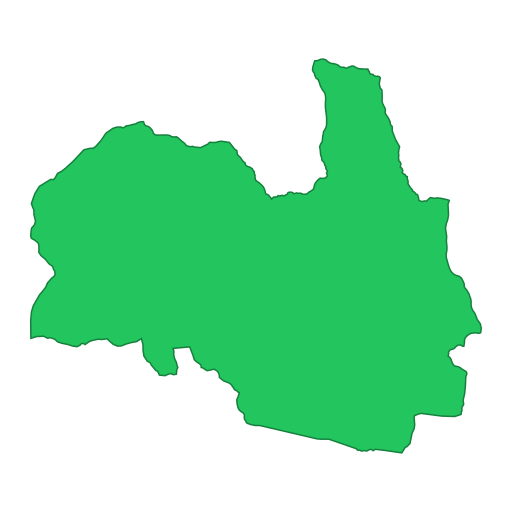 outline of Cachi, Salta, Argentina
{"feature_id": "61730980B38910879035127", "entity_name": "Cachi", "entity_type": "district", "adm_level": 2, "iso_a3": "ARG", "parent_name": "Argentina", "parent_adm1": "Salta", "projection": "natural_earth1", "projection_center": [-66.151, -25.018], "detail": "fine", "context": "isolated", "style": "filled", "palette": "green", "viewbox_px": 512, "rotation_deg": 0, "n_neighbors": 0, "source": "geoboundaries", "source_scale": "gbopen_adm2", "svg_char_len": 6012}
<svg xmlns="http://www.w3.org/2000/svg" viewBox="0 0 512 512"><path d="M373.1,450.7L375.3,449.3L384.9,450.4L401.8,452.9L405.2,447.4L406.7,446.8L410.0,443.5L412.0,433.4L414.1,428.8L414.4,426.9L414.7,424.8L414.1,416.9L414.7,415.6L418.0,414.2L421.0,413.4L441.9,416.1L454.8,416.5L461.1,414.4L461.3,412.3L462.0,410.5L461.8,407.8L462.5,406.0L463.3,405.4L463.7,403.9L463.1,400.4L464.7,393.4L465.4,385.7L465.8,376.8L466.6,374.8L466.8,373.1L466.2,371.6L462.0,369.1L460.0,367.5L457.7,366.6L454.3,365.8L452.4,363.3L450.9,359.1L449.8,357.4L448.1,356.0L448.6,354.3L448.5,352.3L449.7,350.2L451.8,349.3L453.6,348.9L454.9,347.8L455.6,346.8L458.3,345.0L460.1,345.0L461.0,345.3L462.8,346.3L463.9,346.2L464.5,342.2L464.5,340.4L465.0,338.2L467.3,335.6L469.2,334.2L471.5,333.2L475.7,332.8L478.4,333.3L480.6,332.8L480.9,331.2L481.3,328.0L480.6,325.6L480.5,324.1L477.2,319.4L475.1,313.9L474.3,312.4L472.9,310.7L472.1,309.0L471.5,307.4L471.1,305.2L471.1,301.1L470.6,298.4L469.7,296.2L468.9,293.6L466.7,290.0L465.1,288.1L464.2,286.7L464.3,286.0L464.0,283.2L462.7,280.5L461.3,277.9L459.3,276.4L455.3,275.1L453.1,273.7L450.9,271.2L449.6,268.6L448.3,264.7L446.3,257.6L446.1,254.8L446.9,250.0L447.0,247.4L446.4,240.9L446.7,236.5L445.5,228.2L446.4,223.4L447.7,219.7L448.4,216.0L448.5,213.5L448.0,204.2L449.3,200.4L447.3,199.7L440.9,198.3L437.4,197.9L434.4,198.3L430.2,197.6L426.4,201.2L424.3,200.9L422.6,201.5L420.6,201.2L418.8,200.2L418.7,198.9L418.0,196.1L417.5,194.6L415.9,194.0L414.9,192.6L413.7,191.6L412.5,191.1L412.4,189.9L410.8,188.1L409.2,185.8L408.0,183.6L408.1,181.1L407.2,178.7L407.3,176.6L405.7,175.9L405.0,174.5L403.0,173.5L402.1,172.4L402.8,171.0L402.4,169.2L401.6,168.0L400.3,167.4L400.9,163.5L400.1,162.0L398.6,160.5L398.8,159.4L398.5,157.4L398.8,155.5L398.5,152.9L398.9,149.5L399.6,146.7L395.5,139.4L392.3,131.0L392.2,126.5L390.5,124.6L390.1,121.8L388.7,118.6L385.2,113.3L385.2,111.9L385.4,109.8L385.0,108.2L382.7,103.7L382.0,101.0L382.2,98.4L382.1,92.8L381.9,90.0L380.4,88.3L379.6,85.6L379.3,83.3L380.3,77.8L379.4,76.7L377.7,76.2L376.4,76.5L373.5,75.4L373.1,74.5L369.9,73.9L369.3,71.4L368.4,70.6L367.9,69.0L365.0,69.1L358.8,68.7L355.7,67.4L354.0,66.3L352.9,66.0L351.4,66.1L350.1,66.8L348.8,67.0L347.7,67.5L346.7,68.2L345.5,68.1L344.0,67.2L341.6,67.4L339.6,66.5L338.1,65.1L335.9,64.2L333.6,63.6L331.5,63.5L329.5,62.7L327.8,61.6L325.8,59.8L323.5,59.1L320.9,59.2L317.2,60.7L314.7,60.8L312.8,67.2L312.5,70.0L313.2,71.8L314.3,73.0L314.7,75.2L316.3,78.5L318.0,79.2L319.7,83.5L320.1,85.2L322.0,89.2L324.6,92.7L325.2,94.6L325.7,97.7L325.4,103.3L325.4,107.3L326.6,117.5L326.6,124.5L326.4,125.9L325.9,127.7L323.5,131.8L323.2,134.4L322.7,136.2L322.2,141.8L320.8,143.7L319.6,146.8L320.2,149.8L320.5,154.0L320.8,155.5L321.5,157.2L322.0,160.4L324.0,162.3L324.9,165.4L325.8,166.6L325.9,168.8L327.5,171.1L326.5,172.8L327.2,175.1L327.2,176.2L325.8,177.7L323.9,178.4L320.1,178.2L319.1,178.9L317.1,180.8L315.2,183.3L314.4,185.2L314.0,187.4L313.4,189.2L310.7,191.2L309.1,192.0L307.1,193.8L305.6,194.2L302.9,194.2L300.8,193.2L298.3,193.3L296.5,192.9L295.3,193.4L293.9,193.6L292.6,192.6L291.0,192.1L288.7,192.3L287.7,193.0L287.5,193.9L287.3,194.2L285.9,194.8L284.6,195.8L284.2,195.9L282.2,195.3L279.5,196.0L278.2,195.6L277.3,196.3L276.9,197.0L275.2,196.9L274.2,197.2L273.7,197.0L271.6,199.1L270.9,197.9L269.6,196.6L269.1,195.7L267.9,194.6L265.7,193.9L264.8,190.1L264.0,188.2L263.2,186.7L259.7,183.2L255.7,180.3L254.9,176.8L255.1,175.6L254.3,173.0L254.3,171.7L252.7,169.9L252.4,168.8L250.2,167.3L247.7,166.5L246.3,165.7L245.5,164.8L244.9,162.5L243.6,161.9L241.6,159.4L240.6,157.6L239.2,156.4L237.4,154.6L236.8,150.5L234.7,149.2L229.4,142.4L221.2,141.2L218.4,141.6L216.7,142.2L214.3,142.5L209.5,142.3L208.0,144.0L200.7,147.6L194.1,147.0L192.7,146.3L190.6,146.7L188.7,146.4L186.5,145.7L184.6,143.3L181.7,141.1L178.2,137.9L176.2,136.7L175.1,137.0L172.0,136.8L169.5,135.4L166.9,135.0L156.3,135.1L155.1,134.7L153.8,133.8L153.2,132.7L152.3,130.3L149.8,127.4L147.9,126.3L146.2,126.0L144.6,124.8L143.5,121.7L140.5,121.8L137.9,122.6L135.4,124.0L132.0,124.6L130.0,125.3L126.1,125.9L124.6,127.2L122.3,127.9L121.1,127.0L116.8,127.1L112.8,128.4L105.9,133.2L100.7,141.0L98.8,142.9L96.2,146.0L93.3,148.2L90.1,148.3L83.9,149.8L72.8,161.6L65.2,168.5L61.4,171.4L57.6,173.3L55.1,177.9L53.5,179.6L50.7,179.4L39.4,186.3L35.0,193.4L33.5,197.4L31.4,203.6L32.4,206.5L33.9,210.0L33.9,214.4L35.5,221.1L34.5,224.8L31.6,228.1L31.2,230.5L30.7,235.9L31.4,238.3L34.9,240.3L38.2,243.0L38.9,245.6L38.9,252.5L41.0,255.6L45.5,259.4L48.8,263.6L50.4,264.9L51.9,265.6L52.9,267.2L53.6,269.5L54.7,271.1L55.1,274.2L54.3,276.2L51.5,278.3L47.4,283.1L45.9,286.9L42.8,291.0L39.6,294.7L33.4,305.5L31.5,311.7L30.7,320.4L30.9,338.4L36.4,336.6L43.7,336.2L47.7,338.3L49.3,337.7L51.5,338.0L54.8,339.3L57.7,341.9L62.0,343.3L68.0,344.5L72.5,346.0L77.0,346.7L79.9,345.3L81.3,343.7L83.5,343.4L85.0,344.6L89.4,341.5L92.9,340.3L98.3,339.2L101.8,339.5L107.1,338.8L108.9,340.6L113.3,344.4L117.6,346.1L121.4,345.9L126.2,344.0L131.2,342.6L136.6,341.6L141.4,338.6L143.0,344.8L143.0,350.0L143.9,356.0L147.2,361.1L150.2,362.8L151.2,364.9L155.8,370.5L157.6,371.2L159.4,375.1L165.1,375.7L168.3,374.2L170.6,373.6L173.5,374.7L176.4,374.2L176.8,369.7L177.8,367.4L177.0,365.3L176.5,362.7L174.6,358.5L174.0,356.1L173.7,353.9L173.9,352.1L173.7,350.3L173.0,348.4L189.7,346.9L192.8,354.9L194.3,359.7L197.0,362.2L199.6,363.8L201.1,365.5L201.2,367.5L203.1,368.0L204.9,369.4L207.2,370.7L214.2,369.2L217.6,371.4L219.2,374.6L219.4,377.5L223.5,380.8L228.2,382.6L230.8,384.2L231.9,385.4L232.4,386.7L233.3,387.1L233.7,388.5L235.0,390.0L236.8,390.8L237.8,391.9L239.3,392.6L238.1,396.7L236.8,399.7L237.0,403.3L237.5,405.7L238.2,408.2L239.2,410.0L241.4,411.9L243.0,412.8L243.9,413.8L244.4,415.3L244.2,417.6L244.6,419.6L245.9,420.9L246.1,422.1L247.3,423.4L248.3,423.6L250.1,424.4L255.5,425.5L259.7,425.5L317.1,438.9L321.7,439.2L328.8,439.2L356.6,448.8L357.1,449.8L358.4,450.4L359.7,450.0L361.4,451.1L364.2,450.6L366.9,451.0L369.6,449.5L371.2,449.5L372.2,449.9L373.1,450.7Z" fill="#22c55e" stroke="#15803d" stroke-width="1.5"/></svg>